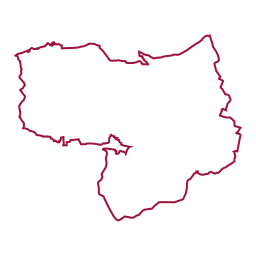 Mariselu, Bistrita-Nasaud, Romania (Robinson projection)
{"feature_id": "2599482B66429333464185", "entity_name": "Mariselu", "entity_type": "district", "adm_level": 2, "iso_a3": "ROU", "parent_name": "Romania", "parent_adm1": "Bistrita-Nasaud", "projection": "robinson", "projection_center": [24.492, 47.008], "detail": "fine", "context": "isolated", "style": "outline", "palette": "rose", "viewbox_px": 256, "rotation_deg": 0, "n_neighbors": 0, "source": "geoboundaries", "source_scale": "gbopen_adm2", "svg_char_len": 5680}
<svg xmlns="http://www.w3.org/2000/svg" viewBox="0 0 256 256"><path d="M212.5,44.3L209.8,35.8L209.6,36.1L209.2,36.1L206.8,35.6L205.8,36.0L204.2,37.2L202.6,38.6L202.0,39.8L198.9,42.2L197.4,43.1L196.4,43.5L186.6,50.4L180.8,53.7L178.3,54.8L173.7,54.6L171.8,55.5L164.0,56.4L162.0,57.2L158.8,57.7L156.9,57.6L156.0,58.0L153.7,58.4L151.6,57.4L149.5,56.2L149.1,55.4L145.6,54.9L144.5,54.3L143.8,54.2L141.7,52.9L139.1,51.7L139.4,55.8L139.6,56.0L140.0,56.2L141.7,56.2L141.7,56.5L142.5,56.6L142.4,57.4L142.4,58.0L142.8,58.4L143.1,58.3L143.7,58.8L143.9,60.0L147.3,62.9L147.4,63.2L148.0,64.0L148.1,64.4L142.5,64.2L142.5,63.6L141.8,63.5L141.5,63.2L141.3,62.7L141.2,62.0L141.0,61.7L139.8,61.2L139.4,61.1L137.7,61.5L136.8,62.1L134.1,62.8L130.4,63.1L126.6,62.9L126.0,62.1L124.9,61.0L124.2,61.1L122.5,61.0L118.2,60.3L116.8,60.4L115.5,60.7L113.6,60.5L111.9,60.8L110.5,60.5L109.2,59.6L106.3,55.3L104.7,53.4L103.2,51.1L99.6,47.8L99.6,45.7L97.9,45.5L93.8,43.8L91.8,43.8L90.9,43.6L88.7,44.0L86.9,44.8L84.9,45.9L84.0,46.2L82.7,46.3L82.3,46.5L81.0,46.7L78.2,47.5L73.6,47.9L61.9,48.3L61.8,45.4L61.0,45.5L59.5,44.4L58.6,44.1L56.5,44.5L55.9,44.3L55.8,44.0L55.3,44.2L54.9,44.2L54.6,43.8L54.1,42.4L53.3,42.2L53.1,42.2L52.6,42.9L51.8,43.4L51.7,43.5L52.1,44.0L52.9,44.0L53.2,44.2L53.1,44.7L52.5,45.5L51.1,45.5L50.1,45.1L49.6,44.3L49.1,43.8L47.9,43.2L47.6,43.1L47.4,43.4L47.5,43.9L47.0,44.4L46.0,44.9L45.5,45.4L45.1,46.4L44.0,46.4L40.2,47.3L39.4,47.7L38.3,48.7L37.8,48.4L37.8,48.6L37.7,48.7L37.1,48.7L36.8,48.8L36.2,48.7L34.2,49.1L33.7,49.0L32.1,48.0L31.5,48.0L29.9,49.4L29.7,50.4L29.4,50.6L28.9,50.5L29.3,51.6L28.2,52.0L28.0,51.9L27.9,51.4L27.4,50.9L26.5,51.3L25.8,51.3L25.0,51.7L23.0,52.5L17.5,54.1L15.4,55.6L15.6,55.8L17.3,55.9L18.2,58.0L18.2,59.0L20.2,61.7L20.2,62.9L20.6,64.8L20.8,67.3L21.7,69.2L21.1,70.3L21.0,71.1L21.4,72.8L21.2,74.0L20.5,74.8L20.2,75.7L19.5,76.4L19.4,77.0L19.6,77.6L20.4,78.7L21.5,79.6L21.7,80.2L23.3,82.0L23.5,82.3L24.3,82.9L24.2,83.4L24.4,84.2L24.8,84.7L24.7,85.6L23.5,86.8L23.4,87.1L22.4,88.6L20.7,89.5L20.2,90.4L21.5,91.6L23.0,93.9L23.9,94.7L24.7,95.8L24.9,96.7L24.8,97.6L23.9,99.7L23.8,100.1L21.7,101.8L21.0,103.2L20.3,103.8L20.0,105.0L19.2,106.0L19.2,107.1L19.5,108.8L19.8,109.9L20.2,112.3L20.2,114.7L19.6,116.0L19.7,116.8L19.5,117.3L20.2,117.6L21.5,120.1L23.8,123.0L24.0,126.0L23.2,128.3L24.4,128.2L25.3,128.3L26.7,129.0L28.0,129.4L29.9,131.0L31.7,131.2L34.2,132.1L35.2,132.9L36.0,133.9L36.5,134.9L37.4,135.3L39.3,135.2L40.8,135.8L42.1,135.8L42.6,136.0L42.9,136.7L47.0,136.4L47.1,136.7L48.3,136.8L49.8,136.5L50.5,137.1L50.6,137.6L50.5,138.0L50.6,138.4L51.7,138.6L52.3,138.9L53.1,139.7L53.8,139.9L53.9,141.0L55.5,140.8L55.7,141.2L56.0,141.4L56.6,141.4L57.4,142.2L58.8,142.3L58.8,141.3L59.1,141.0L59.8,141.6L60.0,141.3L60.2,140.1L60.8,139.6L61.1,137.5L63.4,137.1L63.5,141.1L63.8,143.0L63.6,144.3L63.2,144.7L63.2,145.4L66.6,145.3L66.7,142.1L69.8,141.9L70.3,140.2L78.7,139.3L78.9,140.5L80.0,142.0L80.8,144.1L82.3,144.4L83.7,144.1L85.5,144.2L86.9,143.5L91.5,143.5L95.6,143.9L97.7,144.4L99.6,144.5L100.3,144.8L101.6,144.5L103.4,143.3L103.8,143.3L104.5,143.6L105.3,143.5L105.7,143.1L107.9,143.0L109.1,142.0L109.2,140.3L109.1,139.1L109.8,136.8L110.5,136.1L110.5,135.4L111.2,134.8L112.1,135.7L113.3,135.9L114.0,136.1L114.0,137.0L114.7,136.9L114.8,137.8L116.5,138.0L115.7,138.5L115.7,139.0L117.0,139.6L118.2,139.6L119.0,139.8L119.1,140.2L118.6,140.4L119.6,142.1L120.3,142.7L121.2,142.9L121.2,144.6L123.7,145.6L129.9,146.8L129.0,147.1L128.5,147.5L128.5,148.1L127.6,149.2L126.8,150.4L126.6,151.4L126.2,152.2L125.7,153.7L125.4,153.0L124.9,152.4L124.1,151.9L121.5,151.3L120.5,150.9L120.1,150.9L119.4,151.4L119.2,152.6L119.0,153.0L118.7,153.3L117.9,153.7L116.5,153.9L115.8,153.5L116.3,152.3L116.2,151.8L115.7,151.3L116.1,150.9L114.7,150.1L114.8,149.7L107.3,148.6L105.1,148.5L103.8,148.7L103.1,149.1L102.2,149.1L106.2,151.0L106.9,152.3L106.9,154.0L106.7,155.6L106.0,157.4L105.8,158.8L106.6,163.2L106.5,164.6L105.5,167.7L103.0,171.7L101.6,174.3L102.4,176.9L102.3,177.6L101.5,178.7L101.4,179.6L98.5,181.8L98.0,182.6L98.9,188.8L98.7,192.1L99.2,194.2L103.6,196.5L104.8,199.4L108.5,207.1L113.4,215.9L116.3,219.6L118.6,220.4L121.9,218.6L124.6,216.5L127.9,217.0L131.7,217.8L133.9,217.4L136.5,215.6L139.0,214.9L142.7,210.6L144.9,209.6L152.0,208.6L154.5,205.9L159.1,202.2L166.8,202.1L174.4,202.3L183.0,199.3L185.7,193.6L186.7,189.1L187.1,182.7L187.7,180.3L190.5,178.7L192.9,175.6L194.1,173.5L195.6,173.3L196.3,171.4L197.8,171.4L197.9,173.1L200.4,174.4L203.0,174.8L206.7,173.8L207.5,174.0L208.3,173.7L208.6,173.5L209.5,172.3L211.1,171.9L213.7,173.3L215.1,173.7L216.4,172.8L218.5,172.8L222.0,169.2L223.1,168.4L224.0,167.9L225.5,167.5L227.4,166.1L230.8,163.8L231.2,163.7L231.7,163.3L232.2,163.2L234.4,161.3L234.5,158.2L235.2,157.1L235.3,156.3L235.1,155.5L235.1,155.1L234.3,152.4L233.7,151.7L235.3,151.0L237.3,151.4L238.3,146.7L238.6,144.4L240.1,136.9L240.6,135.2L240.4,135.0L240.0,134.3L239.6,134.0L236.5,133.2L236.9,132.5L237.3,132.6L240.5,127.7L234.8,126.0L234.6,125.6L234.3,123.6L234.5,122.7L234.5,122.1L233.9,121.0L233.0,120.0L230.9,118.1L230.1,117.5L226.9,117.5L224.9,117.2L220.1,115.7L219.9,115.2L221.3,112.6L221.4,111.5L221.9,111.0L221.8,109.4L222.7,108.9L226.0,110.2L225.8,109.5L226.0,108.5L226.8,106.6L227.2,105.0L227.9,103.1L229.5,101.7L230.0,101.0L230.5,99.8L230.5,99.0L230.3,98.4L229.4,97.4L229.5,96.5L229.1,95.8L228.3,94.9L225.2,94.2L224.8,93.3L223.8,91.7L222.5,89.4L221.8,88.6L220.9,87.9L220.7,87.6L220.6,87.3L220.8,86.6L221.1,86.1L223.1,81.1L223.0,80.9L220.8,79.6L219.2,79.0L219.0,78.8L219.2,78.1L220.1,77.2L220.3,76.6L216.3,71.1L214.4,64.0L215.0,62.8L218.5,61.1L218.6,60.8L218.9,59.6L218.9,59.2L218.2,56.0L216.5,52.1L212.9,46.5L212.5,44.3Z" fill="none" stroke="#9f1239" stroke-width="2"/></svg>